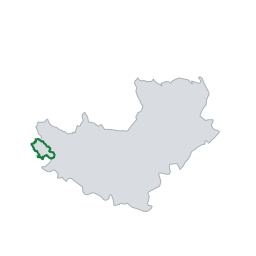 Lola, Lola, Guinea (highlighted), rotated 129°
{"feature_id": "49546643B14657084308206", "entity_name": "Lola", "entity_type": "district", "adm_level": 2, "iso_a3": "GIN", "parent_name": "Guinea", "parent_adm1": "Lola", "projection": "natural_earth1", "projection_center": [-8.248, 8.016], "detail": "fine", "context": "in_parent", "style": "outline", "palette": "green", "viewbox_px": 256, "rotation_deg": 129, "n_neighbors": 0, "source": "geoboundaries", "source_scale": "gbopen_adm2", "svg_char_len": 6358}
<svg xmlns="http://www.w3.org/2000/svg" viewBox="0 0 256 256"><g transform="rotate(129 128 128)"><path d="M153.0,167.4L151.2,167.1L150.4,167.5L148.0,170.7L146.6,172.0L144.4,171.6L143.6,171.8L143.0,171.4L143.8,169.7L145.0,166.2L147.9,162.7L147.9,161.9L146.7,159.9L145.5,157.1L145.5,154.1L145.3,151.9L142.7,151.3L142.2,150.9L142.2,150.2L143.6,146.5L143.7,145.7L143.6,145.0L142.0,143.1L139.5,139.6L135.3,132.3L133.7,130.8L132.2,128.6L131.6,127.1L130.1,126.6L115.3,126.7L115.0,128.6L109.9,129.9L106.8,128.4L103.3,129.3L101.6,130.3L100.3,134.5L99.5,135.4L98.8,137.3L98.1,138.4L97.3,140.5L95.7,143.4L93.9,145.4L90.9,146.4L90.0,149.5L89.3,150.7L88.2,151.6L87.0,152.2L84.5,151.6L83.2,152.2L83.0,151.4L83.7,148.9L83.1,147.6L80.8,145.0L80.6,143.8L79.9,142.2L76.8,138.9L74.0,139.1L74.8,136.3L74.8,132.6L73.8,130.6L74.1,128.5L73.5,128.6L72.6,130.0L71.0,129.6L67.9,127.4L66.4,125.3L66.2,123.4L65.9,122.7L64.9,123.1L63.0,123.1L57.0,119.8L52.8,111.7L52.8,109.9L53.4,106.7L53.2,105.9L51.3,108.0L50.9,106.6L49.5,103.3L49.0,101.4L47.6,100.6L46.5,100.4L45.6,101.1L44.4,104.9L43.6,104.8L42.7,104.0L42.9,101.2L45.2,97.6L49.0,88.6L50.4,86.6L51.3,85.9L53.1,85.8L56.6,84.6L61.0,81.8L64.3,82.0L68.2,81.6L73.3,79.7L73.4,73.7L73.2,72.3L71.4,71.1L70.4,70.1L69.5,68.7L68.4,67.8L68.4,66.8L70.7,65.5L72.8,65.5L73.4,65.0L74.0,64.1L74.6,62.0L74.8,59.7L73.4,56.6L73.5,54.4L81.0,54.7L85.1,55.3L88.5,55.5L89.0,56.0L88.5,58.1L88.9,59.4L90.1,59.7L92.0,58.2L92.9,58.6L95.0,60.4L97.0,60.9L99.1,61.9L101.1,62.4L102.9,62.4L104.2,63.4L106.7,63.7L109.9,62.4L112.5,61.8L116.0,61.7L117.9,62.1L123.3,61.1L127.6,61.7L126.9,62.4L124.9,67.2L125.2,68.1L129.5,72.2L130.5,72.5L131.7,71.9L133.6,70.0L135.0,68.0L136.5,67.0L138.1,67.1L139.4,68.5L142.5,74.6L143.3,75.3L144.0,75.3L145.4,74.2L146.0,72.9L148.9,68.8L153.3,66.8L163.8,71.4L165.4,71.8L166.3,71.4L167.6,68.7L171.5,66.4L173.4,65.8L174.5,65.7L174.9,65.0L175.1,63.9L174.9,62.7L173.7,60.7L173.7,60.0L174.4,59.7L175.9,59.4L177.8,59.6L180.0,60.4L181.8,61.7L182.8,63.3L184.8,69.7L187.0,74.7L186.9,81.4L187.9,82.1L189.0,82.4L189.5,82.9L190.5,85.7L191.6,86.5L192.8,86.7L195.0,88.4L196.5,89.1L196.7,89.7L196.7,90.4L196.1,91.3L193.9,93.2L192.8,94.8L190.6,98.6L190.5,99.3L191.0,99.8L191.9,99.9L192.9,99.7L194.9,98.3L196.6,98.8L198.1,99.8L198.7,100.9L198.8,102.4L198.5,104.2L198.4,106.3L198.9,109.9L199.8,113.4L200.6,114.7L205.8,117.9L206.3,119.0L206.5,120.4L206.2,122.2L205.6,123.2L202.8,125.9L202.3,127.3L202.6,129.7L202.8,140.1L203.9,141.9L205.2,142.8L208.3,142.3L208.3,145.2L207.8,148.4L209.7,149.4L210.6,150.4L211.1,151.3L208.2,153.0L207.4,154.1L207.0,156.8L207.1,159.3L211.0,161.0L212.4,163.1L213.1,165.3L213.3,169.4L213.0,170.3L212.0,170.4L210.0,167.9L207.0,167.6L204.8,167.1L201.1,167.4L200.4,168.2L200.0,173.6L200.9,174.5L202.7,175.6L203.8,176.0L204.8,175.9L205.6,176.6L205.7,178.3L205.2,179.7L204.2,180.9L203.0,184.0L203.3,186.9L201.2,191.5L200.6,192.4L197.8,191.5L196.0,191.2L194.7,192.4L192.8,190.6L192.5,189.2L191.8,188.9L190.6,188.9L189.5,189.7L189.0,191.1L188.8,194.1L186.7,196.9L185.3,200.3L183.6,200.0L183.3,200.4L181.5,201.3L180.0,201.6L179.6,200.7L178.7,199.9L177.7,198.4L176.6,197.2L174.5,196.4L173.6,196.8L172.6,196.7L172.0,196.2L172.0,195.5L173.2,193.7L173.8,192.0L174.2,190.2L174.2,188.4L173.6,186.0L172.6,184.1L172.4,182.9L172.5,181.3L172.3,179.8L171.9,179.1L171.5,176.2L170.9,175.7L170.6,173.5L170.7,171.1L169.9,170.3L168.6,169.6L167.8,168.7L167.3,167.7L166.9,167.4L166.5,167.5L166.1,168.1L165.7,168.2L164.9,166.1L164.6,166.0L164.1,166.5L158.0,168.9L157.3,166.8L156.1,166.5L154.1,167.3L153.0,167.4Z" fill="#d9dde1" stroke="#a8b0b8" stroke-width="1"/><path d="M195.2,173.1L195.6,173.6L195.7,173.9L195.7,174.1L195.7,174.3L195.6,174.7L195.2,174.8L194.7,174.9L194.4,175.0L194.1,175.1L193.6,175.0L193.3,175.4L192.9,175.5L192.7,176.0L192.5,176.3L192.6,176.6L192.6,176.9L192.7,177.1L192.8,177.3L192.7,177.7L192.5,178.0L192.5,178.3L192.8,178.4L193.2,178.9L193.4,179.2L193.4,179.7L193.1,180.1L192.8,180.9L192.6,181.4L192.6,181.9L192.5,182.3L192.5,182.6L192.7,183.0L192.8,183.2L192.8,183.6L192.7,183.8L192.5,184.0L192.4,184.2L192.4,184.4L192.3,184.6L191.9,185.0L191.8,185.5L191.9,186.0L192.2,186.2L192.6,186.3L192.9,186.5L192.9,186.9L192.7,187.4L192.8,187.5L192.9,188.6L193.0,188.8L193.0,189.0L193.1,189.9L192.8,190.5L193.0,190.7L193.1,190.9L193.3,191.1L194.6,192.0L194.8,192.2L195.0,192.5L195.7,191.6L196.3,191.0L196.5,190.9L196.8,190.9L196.9,191.0L197.0,191.1L197.1,191.3L197.1,191.5L197.1,191.8L197.4,192.0L197.5,192.0L197.7,191.9L197.8,191.9L198.4,191.3L198.5,191.3L198.7,191.2L198.9,191.2L199.0,191.3L199.0,191.5L199.1,191.8L200.0,192.1L200.5,192.5L201.0,193.0L201.5,192.7L201.6,192.4L201.8,192.1L201.9,191.7L202.0,190.9L202.0,190.7L202.3,190.1L202.5,189.9L202.6,189.5L202.7,188.9L202.7,188.7L202.9,188.4L203.1,188.3L203.3,188.2L203.6,188.1L203.8,188.0L203.8,187.6L203.8,187.2L203.9,186.7L204.3,186.1L204.3,185.9L204.3,185.6L204.2,185.6L204.1,185.4L203.3,184.6L203.2,184.4L203.2,184.2L203.3,184.0L203.4,183.6L203.5,183.6L203.8,183.2L204.0,182.8L204.0,182.7L204.2,182.1L204.4,181.6L204.5,181.3L204.7,180.5L204.5,180.2L204.6,179.9L204.8,179.7L205.0,179.6L205.3,179.7L205.5,179.6L205.8,179.6L205.9,179.4L206.1,179.5L206.1,180.0L206.3,180.0L206.6,180.0L206.9,180.1L207.0,180.3L207.2,180.1L207.2,179.8L207.1,179.6L207.2,179.4L206.8,179.2L206.7,178.8L206.4,178.3L206.2,178.3L206.1,178.1L205.7,177.9L205.6,177.7L205.7,177.4L205.6,177.2L205.7,176.9L205.8,176.6L205.7,176.5L205.7,176.2L205.9,175.8L206.0,175.7L206.1,175.3L206.0,175.1L205.8,175.1L205.6,175.3L205.4,175.4L205.1,175.0L205.1,174.9L204.9,175.0L204.8,175.6L204.7,175.6L204.4,176.0L204.0,176.0L203.9,176.0L203.8,175.8L203.7,175.8L203.6,175.7L203.4,175.4L203.0,175.2L202.1,175.2L201.8,175.1L201.5,174.9L201.1,174.3L200.9,174.2L200.7,174.2L200.6,174.4L200.4,174.3L200.2,174.2L200.2,173.8L200.2,173.6L200.2,173.4L200.4,173.3L200.5,173.1L200.6,172.9L200.6,172.7L200.6,172.4L200.4,171.8L200.4,171.6L200.6,171.2L200.7,170.9L200.7,170.7L200.6,170.4L200.4,169.8L200.4,169.7L200.4,169.4L200.4,168.9L200.2,168.5L199.9,168.4L199.7,168.5L199.4,168.4L199.3,168.0L198.8,168.0L198.6,167.8L198.4,167.5L198.2,167.2L197.6,167.3L197.2,167.1L196.8,167.2L196.5,167.5L196.0,167.7L195.6,167.9L195.1,168.2L194.9,168.4L194.7,168.9L194.6,169.6L194.4,169.8L194.3,170.0L194.2,170.1L193.9,170.5L194.0,170.7L194.3,171.1L194.5,171.5L194.6,172.1L194.8,172.6L195.2,173.1Z" fill="none" stroke="#15803d" stroke-width="2"/></g></svg>